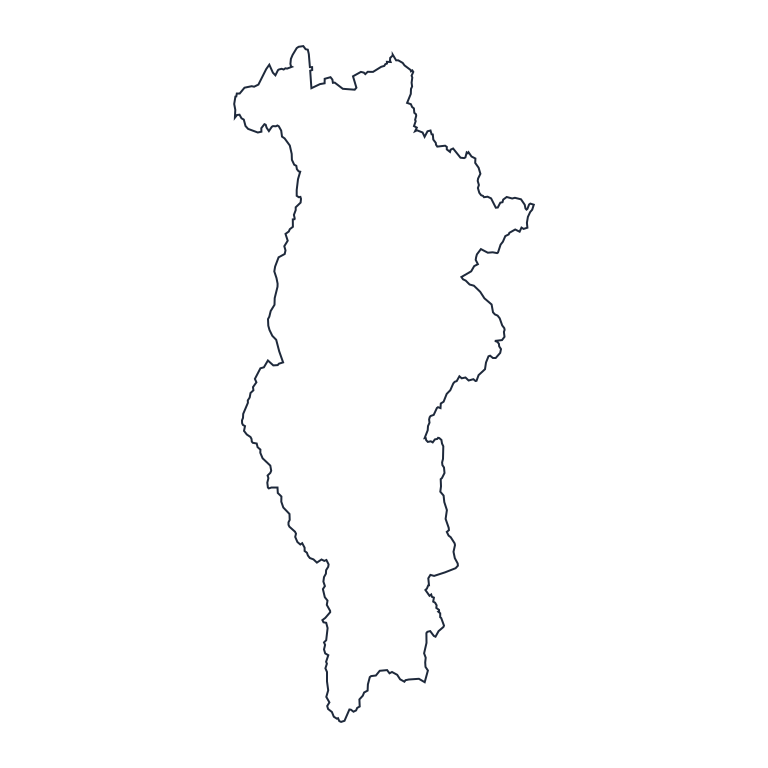 Sigi, Sulawesi Tengah, Indonesia (Equal Earth projection)
{"feature_id": "22746128B27078250924142", "entity_name": "Sigi", "entity_type": "district", "adm_level": 2, "iso_a3": "IDN", "parent_name": "Indonesia", "parent_adm1": "Sulawesi Tengah", "projection": "equal_earth", "projection_center": [119.97, -1.462], "detail": "fine", "context": "isolated", "style": "outline", "palette": "slate", "viewbox_px": 768, "rotation_deg": 0, "n_neighbors": 0, "source": "geoboundaries", "source_scale": "gbopen_adm2", "svg_char_len": 6039}
<svg xmlns="http://www.w3.org/2000/svg" viewBox="0 0 768 768"><path d="M254.9,378.9L256.4,382.3L253.0,387.1L253.4,390.3L250.5,393.0L249.7,397.5L247.8,400.4L247.9,402.8L243.2,413.9L243.0,417.9L242.0,420.4L242.1,423.2L242.9,424.9L245.0,426.1L244.0,430.9L246.8,434.5L250.5,437.0L251.5,438.9L251.8,441.6L252.8,442.8L256.7,443.5L257.6,447.2L260.4,449.6L260.3,452.8L262.6,458.3L270.3,465.6L271.2,470.7L270.3,472.9L267.6,475.5L268.4,478.1L267.3,482.7L267.9,487.5L268.8,488.4L271.5,487.5L277.5,487.5L277.8,493.0L281.4,496.5L281.3,501.7L283.3,507.5L289.5,514.0L289.7,519.9L288.5,522.3L288.5,524.8L289.4,526.7L295.0,531.7L296.0,533.7L295.2,536.9L297.4,542.0L300.3,544.5L302.2,543.2L304.6,547.7L304.6,551.0L306.9,552.7L307.9,555.5L309.8,558.0L313.5,559.4L316.9,562.6L321.5,559.5L324.3,560.9L326.4,560.0L328.6,564.4L328.2,566.8L326.1,570.2L325.9,573.7L324.0,577.1L323.4,581.6L324.9,586.1L322.9,589.1L324.8,597.2L327.5,600.6L326.8,604.9L330.1,610.8L330.2,612.2L325.3,617.9L322.4,620.1L323.5,622.3L326.2,622.8L327.6,628.1L326.2,640.2L324.0,642.4L325.1,644.9L324.0,649.4L325.2,653.4L328.3,655.2L326.1,661.8L326.9,663.7L325.4,668.3L327.0,672.0L327.0,681.5L328.2,690.3L326.3,696.9L329.4,702.4L327.2,706.0L328.1,709.0L331.9,712.0L333.8,716.7L336.9,718.7L338.0,718.2L339.3,721.1L341.1,721.9L344.5,720.8L349.4,709.5L350.9,709.7L353.5,711.7L356.1,710.4L357.2,707.9L359.7,706.5L359.4,699.4L362.8,695.7L364.1,692.5L367.6,690.6L367.9,684.4L369.8,677.1L371.1,676.1L375.9,675.5L379.7,670.8L387.1,670.1L389.5,673.3L392.0,672.0L397.2,674.8L400.1,679.3L404.4,681.7L405.5,680.2L408.8,679.5L418.9,678.8L424.7,682.2L427.9,670.5L425.5,666.9L425.2,662.5L425.7,657.7L424.1,653.3L426.5,642.9L426.4,633.1L427.4,631.8L430.2,631.1L433.8,635.9L435.5,636.7L438.6,631.1L443.4,627.0L444.0,625.6L441.2,618.0L440.2,617.2L440.2,613.3L438.3,611.7L439.1,611.2L439.0,609.9L436.3,607.9L436.6,605.3L435.1,602.7L433.2,601.6L433.9,597.6L431.9,596.8L431.2,594.5L429.5,595.8L425.4,590.0L426.9,588.6L428.2,585.4L429.0,585.3L428.3,578.3L430.4,574.9L434.1,575.9L444.9,572.4L455.6,568.2L457.9,565.7L457.7,563.5L454.8,558.1L453.5,551.8L455.0,545.1L454.6,543.3L450.7,537.2L448.6,535.6L446.8,531.9L448.9,530.2L448.7,527.8L445.6,518.9L446.9,510.1L444.3,502.1L443.6,495.6L440.3,491.7L441.0,486.3L440.7,479.2L442.0,478.0L444.5,473.0L444.0,467.5L442.4,465.1L442.1,462.4L443.0,458.9L443.3,446.3L442.0,443.5L441.4,439.9L439.3,438.1L438.1,437.8L437.3,438.9L434.9,439.4L432.7,442.4L430.8,441.3L427.8,441.9L426.2,440.2L425.7,438.1L424.6,438.2L427.7,430.3L428.0,426.1L429.5,422.7L429.1,419.5L429.7,417.2L430.6,416.0L433.7,414.9L436.9,408.0L438.0,407.2L440.5,408.1L440.8,403.5L443.6,401.7L446.7,393.9L450.3,390.2L453.3,383.4L454.7,381.8L456.7,381.1L459.4,376.3L461.7,378.3L465.5,377.5L468.6,380.5L473.4,379.2L475.5,381.0L476.5,380.8L478.6,375.1L485.0,369.2L486.0,362.5L488.5,356.3L490.1,355.7L492.9,358.0L495.7,358.0L500.2,352.9L501.0,349.1L499.2,346.4L498.9,343.7L497.4,341.9L494.9,340.9L502.0,340.1L504.5,336.8L503.9,331.9L504.6,329.9L504.3,328.2L502.2,325.4L499.7,318.3L497.6,315.6L494.9,314.4L493.0,312.3L491.6,304.5L484.4,298.3L480.2,291.8L473.9,285.7L469.6,284.5L465.7,280.6L463.0,279.3L461.4,277.0L471.2,271.3L474.2,266.1L477.9,264.2L475.7,259.9L476.1,257.3L476.9,254.4L480.9,249.1L487.8,252.7L492.7,252.3L497.1,253.1L498.0,252.5L500.6,244.6L502.9,241.7L505.3,236.1L508.7,234.4L509.4,232.8L515.2,229.5L519.6,231.7L521.5,227.6L523.6,228.9L527.4,227.7L526.9,222.8L527.9,216.9L530.2,212.0L532.2,209.7L533.8,204.7L530.3,203.6L529.1,204.5L527.4,208.9L526.5,209.6L525.5,208.5L524.7,204.7L521.0,199.3L514.9,197.8L512.2,198.5L506.7,197.0L503.2,199.6L502.5,202.2L500.3,202.7L497.8,207.5L495.8,207.7L491.1,198.4L487.6,196.7L484.0,197.2L483.0,195.9L481.1,195.2L479.3,192.8L477.9,188.0L478.9,185.0L477.7,180.9L478.1,178.5L480.4,173.8L478.6,167.7L475.2,162.9L475.4,158.5L471.5,156.5L468.5,152.2L467.8,153.2L466.7,152.4L465.4,157.4L464.1,158.1L460.5,157.7L453.1,148.5L450.6,149.7L450.0,151.9L446.8,149.4L446.8,146.9L445.1,145.7L437.3,146.6L436.0,144.7L435.8,142.9L433.3,139.6L432.8,134.5L431.6,134.3L430.5,130.5L427.5,131.3L424.6,136.8L422.6,132.5L417.0,130.3L415.1,131.2L416.8,127.6L414.0,126.1L415.7,121.1L415.1,119.9L416.2,115.8L416.0,114.3L414.3,112.8L413.9,108.4L412.1,107.0L410.9,104.2L407.1,102.9L410.8,93.9L411.0,88.9L412.1,86.5L411.6,82.7L412.3,77.5L411.6,75.7L413.3,71.9L412.3,70.4L411.0,71.3L410.5,69.9L404.5,65.4L402.7,62.9L398.2,60.3L396.1,60.3L392.7,54.6L392.7,55.5L390.2,57.9L390.0,60.4L390.6,62.0L386.9,61.8L387.0,63.5L385.3,64.2L384.3,65.9L381.2,66.8L373.0,71.9L367.7,71.8L365.3,74.1L363.8,72.6L360.9,71.9L353.0,76.3L356.4,87.7L354.7,89.7L342.8,88.8L334.7,82.6L332.9,82.8L332.4,79.6L330.5,77.2L324.7,78.8L324.6,83.3L320.0,84.1L311.4,88.2L310.2,70.7L312.2,70.0L312.1,67.1L309.9,67.1L308.8,54.0L309.6,54.0L308.8,54.0L307.8,49.7L305.6,49.2L303.3,46.1L298.6,46.8L296.7,48.1L292.6,54.9L290.9,58.9L290.4,63.9L291.0,66.3L291.9,66.8L287.1,68.6L285.4,68.3L283.7,69.5L281.6,68.8L278.9,69.5L278.0,70.1L275.4,75.3L272.9,72.7L269.3,64.7L266.2,69.1L258.4,84.6L254.1,86.7L251.7,86.2L244.5,87.7L239.7,93.5L236.8,93.5L236.3,96.4L235.4,96.6L234.2,104.0L235.3,109.9L234.9,117.7L237.0,115.0L239.5,114.7L241.5,118.3L243.8,119.6L245.5,126.0L248.1,128.9L257.8,132.5L261.4,131.7L261.3,128.2L264.4,124.2L265.7,124.8L266.6,127.7L268.9,131.1L271.8,126.8L273.0,126.1L275.8,126.3L277.4,125.5L278.8,126.3L281.2,130.6L282.0,136.6L284.6,138.4L289.8,145.5L291.7,153.9L291.9,159.8L294.2,164.7L296.3,165.8L296.9,169.2L298.6,171.3L300.2,171.7L298.0,179.2L296.7,190.0L296.7,195.8L298.8,197.2L300.4,196.9L301.0,198.9L300.6,202.6L295.7,207.3L295.7,210.1L293.9,214.9L294.7,218.4L294.5,219.2L292.8,219.4L292.9,226.8L289.8,229.2L288.8,231.5L285.5,233.9L287.7,240.7L284.3,246.2L285.5,250.4L284.7,254.0L278.6,257.3L275.1,266.6L274.3,271.4L276.5,278.1L277.6,283.7L277.5,286.8L274.7,298.1L274.5,304.8L270.7,311.0L269.3,316.7L268.0,319.1L268.3,325.7L269.5,330.0L272.3,335.8L276.2,339.8L279.2,351.3L283.1,362.4L278.9,363.7L277.7,365.1L273.3,365.4L267.9,360.5L263.9,367.3L260.4,368.3L254.9,378.9Z" fill="none" stroke="#1e293b" stroke-width="2"/></svg>